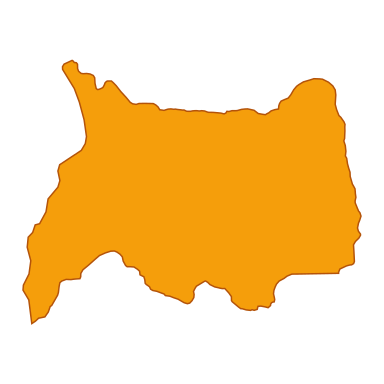 the district of Banyas, Tartus, Syria
{"feature_id": "27442178B62310236233952", "entity_name": "Banyas", "entity_type": "district", "adm_level": 2, "iso_a3": "SYR", "parent_name": "Syria", "parent_adm1": "Tartus", "projection": "albers", "projection_center": [36.094, 35.15], "detail": "fine", "context": "isolated", "style": "filled", "palette": "amber", "viewbox_px": 384, "rotation_deg": 0, "n_neighbors": 0, "source": "geoboundaries", "source_scale": "gbopen_adm2", "svg_char_len": 3625}
<svg xmlns="http://www.w3.org/2000/svg" viewBox="0 0 384 384"><path d="M319.6,78.9L313.9,78.7L310.2,79.9L303.4,81.9L298.9,84.6L296.6,86.3L293.7,89.8L290.8,94.8L288.2,98.1L284.5,99.6L281.1,101.1L279.6,103.4L278.8,105.8L278.5,109.0L275.0,109.6L272.9,110.3L271.1,110.9L268.7,112.9L267.1,113.6L265.4,114.7L262.0,114.2L258.2,113.5L254.1,110.3L250.1,109.4L247.6,108.9L245.0,109.0L241.5,109.4L237.1,110.6L235.2,110.7L232.0,110.7L229.0,111.5L226.9,111.3L225.9,113.0L224.1,113.9L220.9,113.1L216.6,112.7L213.2,112.4L208.1,112.3L204.6,111.0L201.8,110.7L199.2,111.0L197.0,110.7L194.8,110.7L192.4,110.9L190.6,111.3L188.0,111.3L186.5,111.2L184.0,110.0L182.8,110.1L180.6,109.8L177.7,109.5L175.2,109.1L173.9,109.3L170.9,108.9L168.2,109.1L166.7,109.5L164.0,110.4L162.3,110.1L160.8,109.9L159.8,109.8L158.8,108.2L158.1,107.0L156.0,105.1L153.4,103.6L150.1,103.5L144.6,103.4L139.0,103.5L136.2,104.4L132.6,103.8L130.2,102.3L126.2,97.5L120.8,91.6L116.2,85.7L113.4,82.8L111.4,81.0L109.2,81.0L107.6,81.0L106.5,81.4L105.1,82.8L104.7,83.9L104.1,85.4L102.8,87.6L100.8,88.6L98.8,89.4L97.4,89.5L96.2,88.5L95.0,83.3L94.7,77.8L93.3,75.5L90.1,74.0L86.7,73.5L83.2,73.7L81.1,73.4L78.6,71.3L77.6,68.6L77.6,68.2L77.5,64.2L76.3,62.7L74.3,62.5L73.1,61.0L72.1,60.4L64.1,64.1L62.5,66.7L62.6,69.4L74.3,88.5L79.3,102.0L84.1,119.8L86.5,136.6L85.3,143.6L81.3,150.4L59.7,164.7L57.9,171.0L59.9,180.6L57.9,187.2L48.1,198.9L46.0,211.9L39.6,223.7L35.2,224.9L32.7,232.4L32.1,233.1L28.2,237.2L27.6,243.4L27.2,247.2L30.8,260.8L29.0,274.0L23.4,285.1L23.0,290.1L28.8,299.9L31.8,323.6L35.4,321.2L38.6,318.2L44.9,316.9L48.3,312.0L50.2,306.5L51.7,305.5L57.6,295.2L58.4,292.5L59.1,286.5L59.9,282.6L61.9,281.0L66.1,279.4L71.0,279.6L73.5,279.2L76.8,278.9L79.9,278.7L80.7,276.8L80.8,273.5L82.9,269.8L88.7,265.0L95.3,259.1L99.5,255.5L102.7,254.1L105.4,252.9L110.7,251.2L114.4,251.0L117.0,252.1L117.3,252.3L120.0,254.2L122.3,256.8L123.2,261.1L125.6,265.5L127.1,266.7L130.2,266.7L134.0,267.0L137.4,269.2L139.6,271.2L140.0,274.8L143.9,276.8L144.8,279.8L145.2,283.3L146.3,284.5L148.5,286.0L149.6,286.9L150.6,289.2L152.8,290.5L156.8,291.3L162.4,293.4L163.9,293.9L165.4,295.6L165.5,295.6L169.9,296.2L173.4,297.6L178.1,299.2L184.1,302.7L187.4,303.7L189.7,303.1L190.3,302.5L192.0,300.7L193.8,297.6L194.1,294.5L193.5,291.4L195.0,288.4L196.4,286.2L198.9,284.7L204.7,281.2L205.6,281.0L207.8,282.4L210.0,284.6L214.7,286.9L219.1,287.9L219.3,288.0L222.3,288.6L224.8,288.5L228.8,292.9L231.4,296.6L231.5,300.6L232.3,301.8L238.5,307.0L240.8,308.7L242.1,308.7L246.2,309.9L250.6,310.4L252.0,309.7L254.2,310.3L257.2,309.4L258.0,306.3L260.9,306.1L265.2,306.9L268.1,307.7L270.5,305.6L270.7,304.0L271.5,302.8L272.7,302.1L274.2,301.9L274.7,299.6L274.4,297.8L273.5,293.8L273.9,290.5L275.1,287.1L276.5,284.1L279.2,281.0L283.9,278.5L287.1,276.1L291.9,274.1L299.9,274.0L310.2,273.8L322.0,273.6L338.6,273.3L338.6,272.2L339.9,269.0L343.3,267.4L346.5,265.9L349.8,265.0L351.7,264.8L353.6,263.6L354.4,261.5L353.9,251.3L353.5,244.8L355.3,241.7L355.7,241.2L358.8,238.2L360.5,235.3L360.5,234.1L358.4,231.2L357.5,228.0L358.5,223.1L359.7,220.2L361.0,216.1L359.9,212.7L358.5,211.0L357.9,209.4L357.3,208.2L357.2,207.8L355.2,202.9L355.1,200.9L355.9,197.3L355.3,193.0L355.3,192.0L355.1,190.2L355.0,188.8L353.1,185.3L352.4,184.2L351.9,182.4L350.2,176.5L350.0,172.2L349.3,170.1L348.7,168.2L347.5,163.8L346.7,158.3L345.4,156.0L345.9,151.3L345.3,145.6L343.8,140.9L344.6,138.5L344.8,133.2L344.9,131.0L344.9,130.8L344.8,126.9L345.0,124.4L344.0,121.9L340.8,117.3L339.4,116.0L338.9,115.5L336.6,109.6L335.2,104.3L335.8,95.0L335.2,89.9L332.8,85.9L328.5,82.2L322.5,79.2L319.6,78.9Z" fill="#f59e0b" stroke="#b45309" stroke-width="1.5"/></svg>